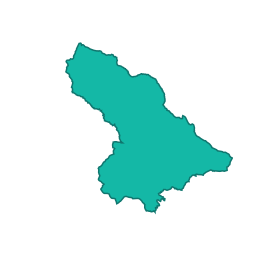 outline of Mera, Vrancea, Romania, rotated 320°
{"feature_id": "2599482B23865808249816", "entity_name": "Mera", "entity_type": "district", "adm_level": 2, "iso_a3": "ROU", "parent_name": "Romania", "parent_adm1": "Vrancea", "projection": "orthographic", "projection_center": [26.934, 45.784], "detail": "fine", "context": "isolated", "style": "filled", "palette": "teal", "viewbox_px": 256, "rotation_deg": 320, "n_neighbors": 0, "source": "geoboundaries", "source_scale": "gbopen_adm2", "svg_char_len": 5924}
<svg xmlns="http://www.w3.org/2000/svg" viewBox="0 0 256 256"><g transform="rotate(320 128 128)"><path d="M187.9,214.6L188.3,213.9L188.4,212.8L187.5,210.7L187.2,209.6L186.9,209.1L185.5,208.1L184.9,206.5L181.9,203.0L181.9,201.7L179.6,196.8L180.1,196.0L180.2,193.1L180.0,191.7L179.4,189.9L179.2,187.6L178.3,186.7L177.0,183.0L176.6,180.9L175.6,178.7L175.5,176.9L176.3,174.3L176.3,173.3L177.1,172.9L177.5,172.1L179.0,170.6L180.1,168.3L180.3,167.6L179.8,166.2L178.2,166.0L177.6,165.0L177.6,164.5L177.2,164.1L177.6,161.7L178.9,156.6L178.5,155.1L177.9,153.8L176.6,154.7L175.9,155.7L175.4,155.6L174.3,154.5L174.0,152.8L171.4,150.8L170.8,148.5L171.0,145.9L170.3,144.0L170.6,143.3L170.2,142.3L170.5,141.4L170.1,140.9L169.8,140.1L169.4,139.9L169.2,139.5L169.7,139.1L169.9,138.5L169.8,137.5L169.2,136.8L169.6,135.5L169.7,132.7L171.3,132.2L172.4,131.8L172.6,131.4L173.3,131.4L173.9,130.9L174.2,130.2L174.7,129.9L174.9,129.2L175.3,129.0L175.5,128.3L176.3,127.3L176.3,126.8L177.5,125.7L177.9,124.7L178.2,122.4L178.5,122.0L178.2,121.6L178.6,121.1L178.6,120.6L179.1,120.2L178.8,118.8L179.1,118.2L179.1,116.9L179.7,114.0L179.6,113.0L179.3,112.4L179.4,111.8L180.1,111.0L180.2,109.8L180.6,108.4L180.4,107.9L179.9,107.2L179.8,106.5L179.3,106.0L179.3,105.4L179.0,105.1L178.9,104.4L178.4,103.8L178.4,102.4L177.9,101.3L177.9,100.2L177.1,99.4L176.4,99.2L176.2,98.2L175.4,97.7L174.6,96.6L173.6,96.2L173.6,95.6L173.1,95.0L171.4,94.7L169.5,93.8L168.5,94.0L167.8,93.6L166.9,93.4L165.5,92.3L164.6,92.1L163.5,90.5L163.2,88.5L163.4,87.4L163.3,86.5L163.5,85.8L164.0,85.7L164.4,84.4L164.1,84.0L164.3,82.9L163.9,81.4L164.1,80.9L163.3,79.8L163.5,79.0L162.8,77.8L162.6,76.6L162.1,75.7L160.6,73.8L160.4,73.1L160.7,71.9L161.8,70.1L163.2,69.4L163.8,67.8L164.7,66.7L164.2,65.9L164.1,65.1L163.3,64.7L163.2,63.5L163.6,62.6L162.8,61.1L161.2,60.8L160.5,59.7L158.2,58.3L157.5,55.9L156.3,54.1L156.6,53.1L156.6,51.7L155.6,50.4L154.9,50.2L154.6,49.6L153.8,49.1L151.7,46.5L149.7,43.0L149.2,41.2L148.6,39.9L147.5,38.5L147.3,37.6L147.4,36.8L147.1,35.4L146.7,35.0L145.5,34.8L146.3,33.4L146.3,32.6L144.9,31.8L139.6,34.2L138.6,35.1L136.6,35.7L135.9,36.7L132.9,37.8L132.2,38.3L131.8,39.0L130.9,39.5L129.6,39.5L128.5,38.1L126.8,38.4L124.9,36.9L123.6,37.1L123.2,37.6L123.1,40.1L122.2,41.8L121.2,41.7L119.8,42.3L119.6,42.8L117.5,44.5L116.8,44.8L116.5,45.5L117.5,48.7L117.2,49.9L116.2,50.9L116.1,51.9L116.3,52.3L116.1,53.0L116.1,55.0L115.1,56.3L115.3,57.0L114.4,58.2L112.6,59.5L110.9,60.5L111.1,61.4L110.2,63.0L109.7,63.3L109.4,63.9L108.7,64.1L108.9,64.7L108.3,64.9L108.2,65.2L109.0,66.1L109.8,68.5L109.7,69.4L110.1,69.8L110.2,70.4L110.7,71.2L111.5,71.7L112.0,72.7L111.9,73.0L112.0,73.5L113.4,75.2L112.8,76.0L113.4,76.6L113.4,77.4L113.7,78.1L112.9,79.9L113.6,80.5L113.7,82.1L113.4,83.1L114.2,83.2L114.4,86.0L114.2,86.6L114.4,87.7L114.1,87.8L114.1,89.7L114.9,90.6L114.4,91.2L114.7,91.8L116.2,93.0L117.0,94.2L117.1,94.8L118.3,95.1L118.1,95.8L118.1,96.5L117.8,97.2L118.7,97.6L118.4,97.8L118.2,99.3L118.4,101.2L118.2,102.4L117.1,101.9L116.8,102.2L116.7,102.4L117.2,103.1L117.1,103.9L115.7,104.5L115.6,106.0L114.7,107.4L115.3,107.8L115.4,108.9L116.0,109.3L116.8,111.0L117.6,111.5L117.2,113.4L117.3,113.9L117.8,114.5L117.9,115.6L117.7,116.2L118.6,116.6L120.1,116.6L119.2,118.3L119.4,118.7L119.2,119.1L119.5,119.8L119.5,120.6L119.1,121.3L118.4,121.6L118.2,122.0L118.1,122.6L118.5,123.7L118.1,124.6L118.1,125.6L117.3,126.9L117.0,128.3L115.9,128.8L115.9,129.3L115.5,129.5L114.5,130.9L114.5,131.5L113.8,133.9L114.1,134.3L114.0,134.7L114.3,135.9L113.1,134.9L113.0,134.3L112.7,133.7L111.3,132.5L110.1,130.9L108.8,129.9L107.5,129.3L107.0,130.1L106.0,130.4L105.2,131.2L103.8,133.3L104.2,133.8L104.6,135.2L102.4,135.9L101.5,136.8L100.4,138.8L96.7,137.6L95.7,137.6L93.2,138.6L90.8,138.1L88.7,138.9L87.4,138.5L84.1,139.7L82.0,139.8L80.9,139.3L79.2,139.9L79.0,140.9L78.7,141.3L77.0,143.1L76.1,145.1L76.0,145.9L75.6,146.5L72.6,148.1L72.2,148.6L72.1,149.5L72.4,150.5L73.0,151.8L72.9,153.2L73.5,155.6L71.4,155.8L70.5,156.8L68.2,157.2L67.7,157.7L67.4,160.7L67.5,162.1L68.0,163.0L70.3,165.0L71.0,166.3L71.1,166.7L70.4,168.2L70.2,169.7L70.3,171.1L70.7,171.7L72.3,173.3L72.7,174.3L72.1,175.3L71.7,176.8L70.7,178.8L72.8,179.2L74.5,179.0L75.1,179.3L80.9,178.3L81.6,178.5L82.8,179.4L84.3,181.8L86.0,183.6L86.2,184.1L86.2,185.2L90.1,188.1L91.0,189.1L91.3,189.7L91.6,192.0L91.6,193.2L91.3,194.5L91.8,196.3L91.5,196.8L91.6,197.7L91.2,197.9L89.6,199.8L89.1,201.3L88.9,201.9L89.1,202.3L88.7,203.0L88.9,203.5L89.7,203.9L90.8,205.5L91.9,206.2L91.8,207.0L92.6,207.6L94.4,208.1L94.3,208.6L94.6,208.8L94.6,209.7L95.2,208.8L96.0,209.0L97.0,208.6L97.6,207.1L97.9,206.7L98.5,207.1L98.6,207.8L98.9,208.0L99.3,208.0L99.9,206.7L100.3,206.4L101.5,207.5L102.3,207.6L103.0,206.3L102.7,205.5L103.0,204.1L102.9,203.0L103.5,202.1L104.0,201.9L104.9,202.5L105.2,203.9L105.7,205.1L106.0,205.1L107.6,203.9L108.1,203.9L108.6,204.2L108.9,204.7L109.1,206.9L109.4,207.1L110.8,205.9L110.0,204.2L110.6,203.2L109.8,202.6L109.7,202.0L109.5,201.5L109.6,200.8L108.7,199.6L109.2,197.9L110.6,198.1L111.0,198.6L111.9,198.0L112.4,198.8L113.5,198.3L114.5,198.7L115.7,198.0L117.1,199.2L117.4,200.2L118.3,201.0L121.5,202.1L122.7,201.9L123.1,201.5L124.1,201.5L125.0,203.6L124.8,204.5L125.1,204.6L125.4,205.1L125.6,204.8L125.9,204.9L125.9,205.5L126.3,205.9L126.1,206.6L126.4,207.2L128.2,208.3L128.4,208.7L128.3,209.1L129.3,210.3L130.0,209.6L130.8,209.4L131.7,209.6L133.5,208.5L135.3,208.1L136.9,207.1L138.0,207.4L139.0,207.2L140.3,208.3L140.7,207.4L142.7,206.3L143.6,205.6L144.7,205.9L147.0,205.6L148.6,206.7L148.7,207.7L149.2,208.6L149.3,208.6L149.4,208.1L149.8,207.2L150.5,207.2L151.1,207.7L151.7,208.7L154.2,210.9L155.3,212.5L156.7,211.8L157.5,212.0L159.3,212.0L164.3,213.3L165.0,214.2L165.2,215.4L165.8,215.4L166.2,216.5L166.8,216.5L170.5,220.2L172.9,221.6L174.0,223.0L176.7,224.2L178.6,221.5L180.0,221.9L181.3,221.4L182.4,221.5L184.5,219.7L188.3,218.2L188.6,217.7L187.9,216.5L187.9,214.6Z" fill="#14b8a6" stroke="#0f766e" stroke-width="1.5"/></g></svg>